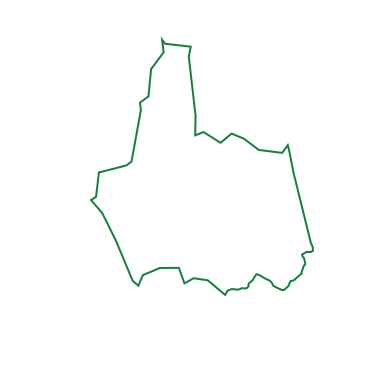 outline of Carter, Tennessee, United States of America, rotated 319°
{"feature_id": "52423323B88226115005443", "entity_name": "Carter", "entity_type": "district", "adm_level": 2, "iso_a3": "USA", "parent_name": "United States of America", "parent_adm1": "Tennessee", "projection": "equal_earth", "projection_center": [-82.131, 36.306], "detail": "fine", "context": "isolated", "style": "outline", "palette": "green", "viewbox_px": 384, "rotation_deg": 319, "n_neighbors": 0, "source": "geoboundaries", "source_scale": "gbopen_adm2", "svg_char_len": 1175}
<svg xmlns="http://www.w3.org/2000/svg" viewBox="0 0 384 384"><g transform="rotate(319 192 192)"><path d="M110.5,131.9L110.4,148.8L108.2,157.7L102.7,178.6L89.0,220.1L90.0,227.5L100.5,222.5L118.0,228.3L132.3,240.6L126.4,256.0L136.7,258.2L146.0,269.0L149.5,291.4L151.3,290.8L153.6,289.9L154.9,290.0L158.2,291.3L159.7,292.7L161.0,294.2L162.9,296.0L164.7,296.8L166.7,297.4L168.3,299.1L168.8,299.7L169.4,300.2L171.2,300.5L172.9,300.1L173.8,299.1L174.6,298.4L176.1,298.3L180.3,298.3L182.8,297.3L186.8,296.3L188.7,299.9L190.4,305.2L192.6,310.1L192.6,313.5L191.8,316.3L195.5,325.0L197.3,326.4L203.3,326.2L206.4,324.5L208.2,323.9L210.1,325.2L211.7,325.5L218.0,325.3L220.6,325.5L221.0,325.5L221.2,325.0L227.5,321.3L230.4,320.6L233.1,315.5L233.1,313.4L234.0,311.4L239.2,312.4L242.2,315.2L244.6,315.7L246.8,313.1L248.0,309.8L247.9,309.2L281.3,244.0L292.0,225.4L295.0,219.5L285.7,221.6L270.0,204.1L266.2,185.9L260.2,173.9L245.9,173.6L240.0,154.3L231.6,151.3L244.8,136.7L278.3,87.8L286.4,81.5L269.0,62.5L269.3,57.6L262.2,68.0L241.8,72.4L221.9,91.3L211.4,90.4L207.2,96.6L166.4,129.3L160.0,128.9L134.6,116.2L116.4,132.7L110.5,131.9Z" fill="none" stroke="#15803d" stroke-width="2"/></g></svg>